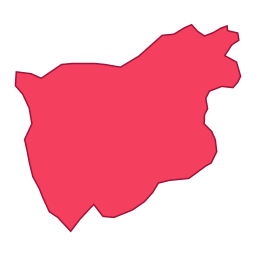 outline of Geri, Nicosia, Cyprus
{"feature_id": "46923920B78801586806598", "entity_name": "Geri", "entity_type": "district", "adm_level": 2, "iso_a3": "CYP", "parent_name": "Cyprus", "parent_adm1": "Nicosia", "projection": "albers", "projection_center": [33.437, 35.104], "detail": "fine", "context": "isolated", "style": "filled", "palette": "rose", "viewbox_px": 256, "rotation_deg": 0, "n_neighbors": 0, "source": "geoboundaries", "source_scale": "gbopen_adm2", "svg_char_len": 822}
<svg xmlns="http://www.w3.org/2000/svg" viewBox="0 0 256 256"><path d="M227.1,25.9L220.6,28.3L213.5,32.5L204.6,36.0L197.5,31.3L191.6,24.7L184.6,27.7L173.9,34.2L162.1,35.4L138.9,56.1L120.5,67.2L104.8,64.5L94.7,63.5L72.5,63.5L61.5,64.5L41.2,78.3L31.0,73.7L16.3,71.9L15.4,85.7L22.7,94.1L29.2,108.0L31.9,123.7L24.6,139.5L27.3,151.5L29.2,161.7L32.8,176.6L39.3,188.6L43.0,197.9L49.4,211.8L57.7,217.3L70.7,231.3L79.9,219.2L93.7,204.4L103.0,216.4L114.0,217.4L132.5,209.9L144.5,201.6L152.8,192.3L158.3,183.1L169.4,180.3L188.8,178.4L205.8,165.9L211.2,162.9L216.7,151.7L215.3,139.8L211.7,131.5L204.1,123.8L204.6,114.3L207.6,108.9L205.8,98.3L209.4,91.1L221.8,86.4L233.0,87.6L237.7,82.2L240.6,76.3L236.5,62.1L224.7,55.6L231.8,44.9L238.9,40.1L237.7,33.0L227.6,30.7L227.1,25.9Z" fill="#f43f5e" stroke="#9f1239" stroke-width="1.5"/></svg>